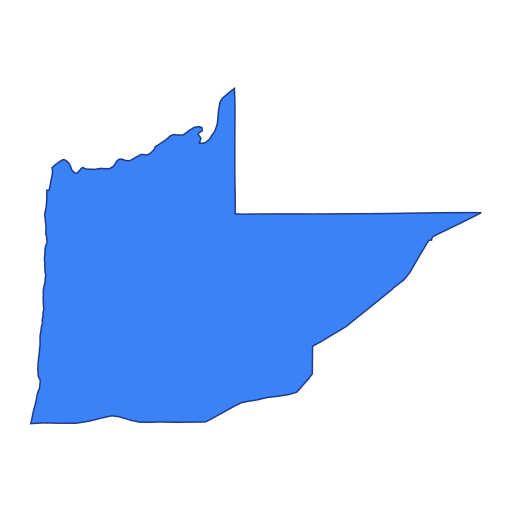 outline of Saint Louis, Saint-Louis, Senegal
{"feature_id": "50182788B94115130730188", "entity_name": "Saint Louis", "entity_type": "district", "adm_level": 2, "iso_a3": "SEN", "parent_name": "Senegal", "parent_adm1": "Saint-Louis", "projection": "mercator", "projection_center": [-16.417, 15.987], "detail": "fine", "context": "isolated", "style": "filled", "palette": "blue", "viewbox_px": 512, "rotation_deg": 0, "n_neighbors": 0, "source": "geoboundaries", "source_scale": "gbopen_adm2", "svg_char_len": 3131}
<svg xmlns="http://www.w3.org/2000/svg" viewBox="0 0 512 512"><path d="M83.1,167.4L81.2,168.4L79.7,170.5L78.6,171.2L77.6,172.7L76.6,173.1L74.9,173.1L71.8,170.0L71.4,168.8L71.1,168.1L70.8,166.9L70.2,165.7L69.4,164.0L68.8,163.2L68.2,162.3L66.1,160.7L65.3,160.2L64.2,159.7L62.8,159.7L59.9,161.4L57.3,163.3L55.4,164.7L53.5,166.3L52.0,167.8L52.4,169.2L52.4,169.9L52.5,171.4L52.3,173.3L52.3,174.4L50.7,182.2L50.0,185.8L49.4,189.0L49.2,190.1L46.9,190.2L46.9,192.1L46.7,194.1L46.9,196.2L46.9,197.7L46.7,199.8L46.7,201.2L46.4,203.7L46.3,205.8L46.1,207.6L45.5,210.2L45.2,211.8L44.7,213.8L44.7,215.2L45.1,217.8L45.3,219.5L45.3,220.8L45.6,222.4L45.7,224.2L46.0,226.1L46.0,228.1L45.9,230.0L45.9,231.3L45.9,232.9L45.8,234.4L46.3,235.3L46.6,237.0L46.6,238.2L46.8,238.9L46.9,240.2L46.9,240.5L47.0,241.1L47.0,241.3L47.1,242.8L46.5,243.7L46.2,244.8L45.7,245.9L45.1,248.5L45.0,250.1L44.9,252.6L44.8,255.0L44.5,257.8L44.5,260.2L44.9,262.7L44.7,265.3L44.9,268.9L45.1,272.0L45.8,274.7L45.3,278.0L45.1,280.6L45.0,282.5L44.3,285.0L43.6,288.4L43.2,291.2L43.4,294.7L43.2,298.3L43.3,302.0L43.5,305.1L43.8,309.4L43.0,312.7L43.1,316.3L42.5,318.4L42.2,320.3L42.5,323.3L41.7,325.5L41.2,328.1L41.1,330.0L40.8,332.0L40.3,334.3L40.0,337.3L40.1,340.0L40.1,342.9L40.0,345.3L39.6,348.7L39.4,351.1L39.2,354.5L38.6,357.4L38.5,360.2L38.1,362.6L38.1,364.8L38.0,367.6L37.9,369.5L38.0,371.9L38.2,375.4L38.5,377.0L39.6,378.7L40.0,380.2L40.3,380.8L39.5,388.5L38.7,390.1L37.7,392.5L36.9,396.2L36.2,400.4L35.1,404.9L33.4,411.1L31.6,420.1L30.7,423.6L43.4,422.9L59.9,423.2L68.2,423.2L75.4,423.3L84.0,422.0L89.6,421.0L96.5,419.3L102.9,417.7L111.8,415.8L118.9,416.7L131.8,420.5L139.4,422.1L149.5,422.3L160.2,421.9L175.6,422.3L205.5,421.9L206.5,421.4L210.4,419.4L232.5,407.2L241.2,402.8L241.9,402.5L247.7,401.4L256.5,400.0L267.2,397.5L278.2,396.2L288.9,394.5L296.9,392.1L304.9,382.9L308.4,379.1L312.3,373.8L312.5,352.4L312.6,346.2L319.6,342.4L326.3,338.4L346.0,326.6L348.3,324.8L356.4,318.1L362.0,313.7L368.6,308.4L391.8,289.6L394.0,287.4L399.6,283.1L403.8,280.0L410.1,272.1L414.5,264.4L420.2,254.5L424.2,247.9L428.8,240.2L429.0,240.2L430.6,240.2L431.5,240.2L431.9,238.4L432.5,237.1L434.0,236.0L463.6,221.6L481.3,212.7L470.0,212.6L445.6,212.7L429.3,212.9L413.1,213.1L396.9,213.4L380.7,213.6L363.7,213.7L346.6,213.8L329.6,213.9L312.6,214.0L299.6,213.9L279.2,213.9L255.5,214.0L243.1,214.2L236.5,213.9L235.2,213.8L235.2,198.0L234.8,173.4L234.8,161.3L234.8,149.2L234.8,137.2L235.0,109.8L234.9,102.5L234.4,88.4L228.9,92.7L222.4,98.3L220.1,101.7L218.7,109.4L217.3,124.0L214.8,131.3L211.4,135.9L209.6,139.2L205.2,142.8L202.8,143.2L199.4,143.4L200.9,138.2L198.1,134.2L199.3,132.5L202.2,130.9L202.0,127.7L199.1,126.6L194.2,127.4L189.2,130.5L184.8,133.8L183.3,134.9L181.0,135.1L176.8,134.9L173.8,134.5L170.3,135.9L166.2,139.6L160.5,143.4L158.1,145.1L155.2,146.9L154.0,149.7L150.9,152.8L148.2,154.5L146.1,154.9L141.6,154.4L139.4,155.4L134.7,157.9L131.8,159.7L129.4,160.8L125.5,160.5L122.5,159.3L119.9,159.0L117.1,160.6L115.1,164.0L113.3,166.5L109.4,168.7L105.7,168.7L101.1,168.4L97.4,168.9L95.0,169.4L86.5,169.1L83.6,168.1L83.1,167.4Z" fill="#3b82f6" stroke="#1e3a8a" stroke-width="1.5"/></svg>